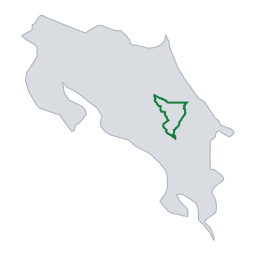 Turrialba, Cartago, Costa Rica (highlighted)
{"feature_id": "36466004B38119903555726", "entity_name": "Turrialba", "entity_type": "district", "adm_level": 2, "iso_a3": "CRI", "parent_name": "Costa Rica", "parent_adm1": "Cartago", "projection": "robinson", "projection_center": [-83.562, 9.784], "detail": "fine", "context": "in_parent", "style": "outline", "palette": "green", "viewbox_px": 256, "rotation_deg": 0, "n_neighbors": 0, "source": "geoboundaries", "source_scale": "gbopen_adm2", "svg_char_len": 6093}
<svg xmlns="http://www.w3.org/2000/svg" viewBox="0 0 256 256"><path d="M234.1,131.9L233.8,133.2L232.7,134.6L231.1,136.0L229.0,137.0L224.0,134.1L219.1,130.8L216.3,132.3L215.3,136.6L213.5,138.8L211.2,139.6L210.2,141.1L210.1,155.5L210.2,169.2L214.0,169.5L220.2,174.2L222.9,177.0L223.7,179.6L223.0,180.8L218.4,183.8L213.9,187.6L211.7,192.3L215.6,199.9L216.4,205.0L216.3,210.4L215.2,213.0L206.6,219.2L204.7,221.3L205.0,222.9L209.7,227.2L212.0,231.3L213.9,236.3L214.1,240.6L209.8,232.6L203.8,225.0L198.6,220.2L198.2,209.2L196.1,203.3L188.3,197.8L181.6,193.9L176.6,194.7L179.6,201.0L187.5,209.1L188.0,212.2L187.9,216.4L182.5,215.8L177.7,214.1L171.9,213.5L168.0,211.0L159.8,201.4L165.6,193.1L167.4,187.7L167.3,176.4L165.9,171.0L159.6,162.7L149.5,153.5L135.4,146.1L128.8,140.1L112.2,135.5L105.9,132.5L101.0,126.8L100.3,122.7L102.0,116.5L97.5,108.5L77.8,92.9L66.8,87.2L64.4,83.8L62.7,82.7L64.4,93.5L69.2,100.0L81.7,106.1L85.2,109.6L86.6,114.2L79.3,123.0L75.6,125.2L74.5,130.0L72.1,131.5L69.6,128.7L59.4,114.9L39.7,108.3L36.1,104.3L28.8,91.7L25.5,80.2L26.7,72.5L34.8,60.6L37.3,55.4L36.8,52.2L37.1,47.5L34.1,44.2L26.6,39.9L21.9,36.4L23.2,34.7L31.8,30.1L32.3,25.9L32.3,24.6L33.7,24.3L34.9,23.2L35.7,22.0L38.0,18.0L40.1,15.7L42.4,15.4L45.3,17.0L56.1,21.4L68.1,26.2L85.2,33.0L92.3,28.6L98.4,25.3L102.7,25.8L111.9,29.6L117.4,30.9L120.8,30.5L126.7,36.2L129.9,40.5L130.4,43.4L132.2,44.9L136.8,45.2L148.0,48.2L154.9,47.6L161.1,44.5L164.6,40.8L165.6,35.0L167.2,37.9L169.1,42.4L169.9,48.2L177.9,67.6L184.4,78.5L198.5,98.3L204.6,101.9L214.9,117.8L218.5,120.5L220.5,125.1L231.2,129.0L234.1,131.9Z" fill="#d9dde1" stroke="#a8b0b8" stroke-width="1"/><path d="M175.3,138.6L175.4,138.0L175.4,137.8L175.4,137.4L175.3,137.2L175.2,137.0L175.1,136.8L174.9,136.6L174.9,136.2L174.9,135.9L174.7,135.6L174.5,135.4L174.4,135.3L173.7,134.9L173.6,134.7L173.7,134.1L173.7,133.5L173.7,133.4L173.8,132.9L173.9,132.5L174.0,132.2L174.2,131.9L174.3,131.4L174.2,130.9L174.0,130.7L173.9,130.5L173.9,130.3L174.0,130.3L174.1,130.2L174.4,130.0L174.5,129.9L174.6,129.7L175.2,129.2L175.3,129.0L175.4,128.8L175.4,128.7L175.7,128.3L175.8,128.3L175.8,128.1L176.1,128.0L176.3,127.9L176.6,127.8L176.8,127.7L176.9,127.4L177.0,127.2L177.3,126.8L177.5,126.7L177.8,126.6L177.9,126.4L178.0,126.3L178.1,126.2L178.4,125.8L178.4,125.6L178.5,125.5L178.5,125.4L179.0,124.8L179.2,124.4L179.2,124.1L179.3,123.9L179.3,123.7L179.1,122.9L179.1,122.5L179.4,122.1L179.6,122.0L180.1,121.2L180.3,120.9L180.5,120.7L180.7,120.4L180.8,120.1L181.3,119.9L181.4,119.6L181.5,119.4L181.6,119.1L181.8,118.7L182.0,118.1L182.5,117.5L182.7,117.3L182.8,117.2L183.0,117.1L183.1,116.8L183.2,116.7L183.3,116.5L183.4,116.4L183.5,116.3L183.7,116.0L183.8,115.9L183.8,115.5L183.9,115.4L184.1,115.2L184.3,115.0L184.5,114.9L184.6,114.6L184.8,114.1L185.0,114.1L185.1,113.7L185.0,113.4L185.3,112.9L185.3,112.6L185.2,112.4L185.1,112.2L185.0,111.8L184.9,111.5L184.9,111.3L185.0,111.1L185.0,110.9L185.1,110.6L185.2,110.3L185.1,110.2L185.0,109.7L184.8,109.3L184.7,109.2L184.8,109.0L184.7,108.9L184.3,108.7L184.5,108.6L184.5,108.4L184.4,108.4L184.2,108.2L184.3,108.1L184.3,107.9L184.2,107.8L184.3,107.7L184.3,107.4L184.5,107.3L184.5,107.2L184.4,107.1L184.2,106.9L184.2,106.7L184.1,106.3L184.0,106.0L184.0,105.9L184.3,105.9L184.4,105.7L184.6,105.6L184.9,105.4L184.9,105.1L184.9,104.9L185.0,104.8L185.0,104.6L184.9,104.4L184.9,104.2L185.1,104.0L185.4,103.8L185.6,103.7L185.8,103.3L186.0,103.3L186.0,103.1L186.6,102.6L177.8,102.6L177.5,102.6L171.9,102.6L168.1,102.6L167.2,102.2L166.7,101.4L166.4,101.4L166.3,101.1L166.2,101.0L166.0,100.9L166.0,100.7L165.7,100.7L165.4,100.5L165.2,100.3L165.0,100.1L164.8,100.0L164.7,100.0L164.3,100.0L164.3,99.9L164.0,99.6L163.7,99.5L163.3,99.4L163.2,99.3L162.9,99.2L162.7,99.2L162.3,99.0L162.2,98.9L162.0,98.7L161.9,98.5L161.9,98.4L161.6,98.3L161.4,98.3L161.1,98.4L161.1,98.5L160.9,98.4L160.8,98.5L160.3,98.4L154.5,95.2L154.5,95.6L154.4,95.7L154.4,96.0L154.5,96.4L154.7,96.6L154.7,96.8L154.7,97.1L154.6,97.3L154.8,97.8L155.0,98.1L155.2,98.4L155.5,98.5L155.5,98.9L155.5,99.1L155.4,99.2L155.2,99.3L155.1,99.6L154.7,100.1L154.8,100.5L154.9,101.0L155.0,101.3L155.1,101.5L155.3,101.7L155.5,101.9L155.7,102.0L155.9,102.0L156.3,102.3L156.6,102.6L156.7,102.8L156.7,103.2L156.8,103.4L156.9,103.7L157.1,103.9L157.2,104.3L157.3,104.4L157.6,104.5L157.9,104.6L158.0,104.9L158.1,105.2L158.2,105.3L158.4,105.5L158.6,105.6L158.6,105.8L158.9,106.1L159.1,106.1L159.5,106.1L159.8,106.3L160.0,106.4L160.6,106.2L160.5,109.3L160.5,109.9L160.7,110.2L160.8,110.4L160.8,110.5L160.9,110.8L161.0,110.9L161.1,111.2L161.1,111.3L161.2,111.5L161.3,111.5L161.5,111.7L161.8,111.7L162.4,111.7L162.5,111.7L162.9,111.7L163.0,111.7L163.3,111.5L163.7,111.7L163.9,111.9L164.2,112.2L164.4,112.3L164.5,112.3L164.5,112.2L165.0,112.3L164.9,112.5L165.0,112.8L165.0,113.0L164.9,113.4L164.9,113.7L164.8,113.9L164.7,113.9L164.7,114.0L165.1,114.6L165.3,115.1L165.4,115.4L165.7,115.7L165.7,115.9L165.8,115.9L165.9,116.1L166.2,116.8L166.4,117.0L166.5,117.0L166.5,117.5L166.6,117.8L166.7,118.0L166.8,118.1L167.0,118.3L167.2,118.5L167.4,119.5L167.5,119.5L168.0,119.9L168.0,120.0L168.4,120.4L166.8,121.6L166.7,121.7L166.6,121.8L166.3,121.9L165.7,122.4L165.2,122.7L164.9,123.1L164.7,123.2L164.4,123.3L164.2,123.4L164.0,123.5L163.9,123.6L163.7,123.8L163.5,124.0L163.4,124.3L163.3,124.5L163.3,125.1L163.4,125.3L163.4,125.5L163.3,126.1L163.2,126.3L163.2,126.5L163.5,127.1L163.7,127.4L163.8,127.6L164.1,127.7L164.3,127.8L164.6,128.2L165.0,128.5L165.2,128.8L165.6,129.1L165.7,129.6L166.0,129.8L166.4,129.8L166.5,129.8L166.6,130.1L166.5,130.4L166.5,130.7L166.5,130.8L166.4,131.3L166.1,131.6L166.3,131.8L166.5,132.0L166.5,132.4L166.6,132.6L166.8,133.0L167.1,133.1L167.3,133.2L167.4,133.4L167.7,133.5L167.8,133.6L168.0,133.6L168.3,133.6L168.7,133.7L168.7,133.9L168.8,134.1L169.4,134.5L169.6,134.6L169.9,134.7L170.0,134.8L170.5,135.0L171.2,135.1L171.4,135.1L171.7,135.0L171.8,135.5L171.9,135.9L172.1,136.0L172.4,136.3L172.6,136.5L172.8,136.8L173.0,136.9L173.2,137.0L173.4,137.1L173.5,137.1L173.9,137.4L174.0,137.5L174.3,137.8L174.5,137.9L174.8,138.1L174.9,138.3L175.3,138.6Z" fill="none" stroke="#15803d" stroke-width="2"/></svg>